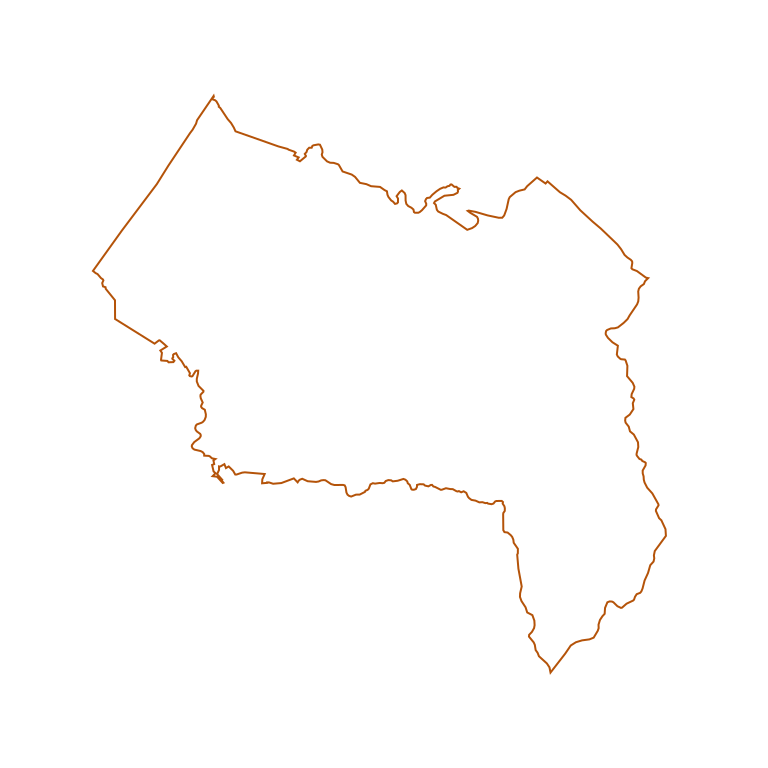 Hai Lang, Quảng Trị, Vietnam (Natural Earth projection), rotated 263°
{"feature_id": "81297802B74996211829814", "entity_name": "Hai Lang", "entity_type": "district", "adm_level": 2, "iso_a3": "VNM", "parent_name": "Vietnam", "parent_adm1": "Quảng Trị", "projection": "natural_earth1", "projection_center": [107.247, 16.684], "detail": "fine", "context": "isolated", "style": "outline", "palette": "amber", "viewbox_px": 768, "rotation_deg": 263, "n_neighbors": 0, "source": "geoboundaries", "source_scale": "gbopen_adm2", "svg_char_len": 6160}
<svg xmlns="http://www.w3.org/2000/svg" viewBox="0 0 768 768"><g transform="rotate(263 384 384)"><path d="M198.9,645.3L205.6,645.7L214.9,642.7L217.3,640.7L224.9,638.4L226.4,638.7L230.1,641.7L231.2,641.7L242.7,637.0L249.0,632.6L254.5,630.6L257.4,630.2L260.7,630.4L263.7,629.9L266.6,630.2L271.3,633.7L273.7,634.2L274.5,633.6L276.1,631.0L277.6,630.2L278.5,628.4L281.6,626.5L282.9,626.0L284.3,626.3L290.4,628.7L295.2,629.0L303.4,625.8L307.0,622.4L311.9,621.7L316.2,619.1L318.3,618.9L321.0,619.5L323.7,624.2L328.7,628.5L334.6,628.6L337.9,630.5L339.2,630.0L340.9,627.9L343.8,628.6L348.7,631.7L350.8,632.2L354.8,631.0L362.2,626.2L372.4,627.8L377.9,626.7L378.9,626.1L379.7,622.4L380.2,621.6L382.8,619.4L384.9,618.7L393.5,620.8L397.6,615.8L402.5,611.9L406.0,610.2L407.4,610.2L409.5,610.9L410.4,612.0L411.5,615.9L411.2,619.9L411.7,623.1L415.5,629.4L418.8,633.7L422.1,636.1L432.2,644.9L435.0,646.4L438.6,647.2L444.9,647.6L447.5,648.6L449.7,650.7L451.5,654.1L454.2,655.6L456.9,659.1L457.7,656.9L465.3,648.8L467.6,644.5L468.8,643.7L473.9,645.2L475.5,645.2L477.2,644.1L479.9,641.0L482.8,638.5L488.8,635.8L494.0,632.7L511.9,618.1L519.8,610.8L532.5,600.0L544.0,592.2L548.8,587.2L552.9,582.0L565.2,571.0L563.3,568.8L570.3,561.0L562.9,550.2L560.0,547.3L559.4,542.0L558.4,538.0L554.2,531.6L552.2,530.3L542.8,527.0L538.5,524.8L536.6,523.8L534.6,521.6L535.0,518.2L538.7,507.4L543.7,495.8L545.8,489.2L545.6,488.2L543.3,490.6L538.6,496.7L536.6,497.4L534.6,497.4L532.3,496.6L529.7,493.8L528.0,490.4L526.9,485.4L544.1,466.3L545.7,463.2L548.6,458.8L550.5,457.7L555.6,457.2L557.5,455.7L559.0,456.8L563.5,466.9L563.3,476.0L564.8,480.2L566.0,480.9L567.6,480.9L568.7,482.5L569.6,480.8L570.9,480.0L571.1,477.9L573.8,475.4L573.9,474.3L572.7,473.1L572.5,471.0L571.7,469.6L571.5,468.7L571.9,467.0L570.9,463.5L568.9,459.6L565.9,455.0L563.4,452.2L563.4,449.4L562.4,448.2L560.5,447.1L557.7,447.9L556.1,447.6L551.9,442.9L550.3,440.4L549.8,438.9L550.2,435.6L551.0,434.7L553.6,434.5L555.6,432.7L557.7,429.7L560.1,428.1L563.5,427.8L568.8,428.4L571.0,427.8L573.9,425.3L572.7,423.1L568.9,419.4L566.4,420.5L562.6,420.0L561.7,419.0L561.4,416.9L563.9,415.2L565.3,413.5L569.1,411.2L571.4,410.5L574.9,410.4L576.4,408.2L580.1,404.1L581.9,395.3L584.5,390.9L586.6,384.6L593.1,380.5L595.8,377.5L600.0,368.8L606.9,365.9L607.8,365.0L609.6,361.0L610.2,357.5L611.9,354.6L617.0,350.6L619.3,350.2L621.5,351.2L624.2,351.3L629.3,349.6L629.8,348.0L629.5,343.0L629.0,341.9L627.3,341.0L627.6,338.5L625.9,336.4L623.7,335.4L622.0,333.4L619.9,334.3L619.4,334.1L615.3,327.7L617.2,324.9L619.3,326.9L621.8,322.5L624.4,324.5L625.6,323.1L628.3,317.7L629.0,317.1L632.7,308.1L652.9,267.4L656.8,266.2L661.7,264.0L666.0,261.1L678.0,255.1L679.3,253.8L680.4,254.0L684.8,252.2L686.2,251.0L687.6,248.2L688.8,248.8L689.8,250.1L690.7,250.0L668.6,230.6L665.3,229.2L659.7,225.0L656.6,222.0L626.9,196.5L610.1,182.9L568.2,142.5L531.7,108.9L529.2,111.3L528.0,113.1L523.6,116.0L522.0,117.8L521.0,118.1L518.5,116.6L515.1,117.0L514.0,119.4L512.4,119.4L499.9,127.2L481.3,125.0L452.0,161.2L454.7,165.9L454.7,166.7L450.8,170.3L447.7,173.0L444.5,166.1L442.0,167.4L435.1,165.6L434.5,165.8L433.3,171.8L431.8,172.8L431.4,177.6L432.6,178.8L434.8,177.0L435.3,177.0L436.2,178.0L438.6,178.2L439.3,179.0L439.9,181.4L435.5,183.1L431.2,186.0L425.0,188.7L425.2,189.8L418.4,192.7L416.3,191.8L415.5,192.3L414.9,194.0L415.1,194.8L419.7,198.5L420.1,199.4L419.9,201.2L417.1,200.7L411.9,198.8L409.3,198.5L404.7,199.7L399.2,204.0L398.3,203.8L395.8,200.7L394.4,200.3L392.2,200.4L387.7,201.8L384.8,199.9L383.7,199.7L382.2,200.5L380.3,203.0L375.6,203.5L373.1,203.1L370.1,201.5L368.5,199.7L367.8,198.3L366.7,193.4L365.7,192.2L363.2,191.2L361.4,191.5L359.8,192.4L356.9,195.5L355.6,195.9L354.3,195.6L352.6,194.1L349.5,188.6L346.7,185.9L345.4,185.6L343.5,186.2L342.0,187.8L339.8,193.8L338.5,195.7L336.5,197.0L334.8,196.8L334.0,201.3L333.5,202.2L331.2,204.2L330.1,207.5L328.9,205.4L325.2,205.7L324.6,203.5L318.0,204.2L316.0,205.9L313.4,202.7L312.3,207.0L305.4,211.9L305.6,212.6L308.2,211.0L308.7,211.7L314.9,207.4L318.8,209.8L322.3,210.2L322.0,211.0L322.3,212.0L323.9,215.8L319.8,216.9L321.1,219.8L316.2,223.7L312.3,225.3L312.1,226.5L313.3,232.4L313.3,235.1L309.2,254.6L304.2,251.6L300.3,250.9L300.1,256.1L300.6,256.1L300.4,257.7L298.5,261.8L298.2,270.0L301.3,283.0L296.9,286.3L298.5,287.6L299.3,288.9L299.9,291.3L296.8,296.4L295.1,304.6L295.2,307.2L296.0,309.9L296.0,312.2L295.6,314.1L291.1,319.3L289.8,322.4L288.8,331.1L288.2,332.6L286.3,333.3L280.8,333.5L278.6,334.3L277.2,335.7L276.3,337.7L277.6,342.7L277.2,346.4L279.2,351.9L280.3,352.6L280.9,354.8L281.9,356.1L286.0,358.3L286.9,360.8L286.2,363.0L286.3,367.6L285.7,370.6L285.9,372.3L287.5,373.9L288.1,376.6L287.5,379.4L286.3,380.8L286.3,385.8L287.4,391.7L286.4,393.6L284.5,395.2L282.6,395.5L280.8,397.2L276.2,398.4L275.7,399.0L275.4,400.7L275.8,402.8L277.7,404.1L279.8,404.5L280.2,407.3L279.6,411.1L278.2,412.3L277.0,415.6L278.1,418.2L278.0,419.4L276.3,420.5L275.6,422.2L272.1,427.4L272.0,428.4L273.0,432.8L271.6,437.1L271.3,439.4L268.8,442.8L268.3,444.1L268.6,445.3L267.1,447.4L267.8,450.0L265.9,452.4L261.8,453.6L260.3,454.6L258.3,456.7L257.1,460.6L254.9,464.2L254.7,467.3L253.4,470.1L253.4,472.0L252.6,472.7L251.6,476.1L252.0,478.1L253.8,479.9L254.2,481.2L253.6,486.6L252.3,487.7L250.8,487.2L248.0,488.6L246.0,488.8L243.3,488.4L241.4,486.7L240.2,486.4L224.4,484.6L222.3,485.5L221.5,488.6L218.5,491.4L216.6,492.6L213.7,493.4L210.6,493.4L204.1,496.8L199.6,496.2L198.4,495.4L184.3,494.9L166.2,496.0L159.7,493.6L156.1,493.0L151.8,494.0L145.1,497.3L139.8,498.3L136.5,503.1L130.8,504.4L126.3,504.1L123.4,503.2L119.9,500.6L117.4,497.5L115.6,497.1L109.3,501.1L106.7,501.9L101.4,502.1L98.5,503.7L94.9,504.6L86.8,511.6L82.6,513.7L77.3,514.1L94.3,531.0L101.7,537.5L104.3,543.0L105.4,549.3L105.5,556.8L106.7,561.2L113.0,566.1L115.5,567.3L119.0,567.6L123.5,569.6L126.9,572.5L129.0,575.0L134.8,576.1L140.1,579.1L140.7,581.4L140.3,583.7L139.4,585.1L135.0,588.6L132.9,591.9L133.0,593.0L136.4,598.0L138.7,604.9L139.5,605.9L142.2,607.2L144.6,609.2L145.5,612.8L146.7,614.1L149.5,615.7L157.2,618.7L164.2,623.0L171.7,626.2L174.9,629.9L178.0,631.0L181.0,631.0L185.2,632.4L198.9,645.3Z" fill="none" stroke="#b45309" stroke-width="2"/></g></svg>